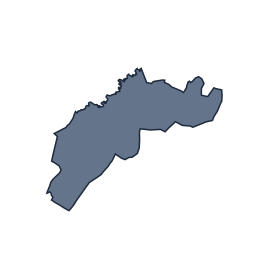 Taura, Jigawa, Nigeria (orthographic projection), rotated 155°
{"feature_id": "59680162B96971531554224", "entity_name": "Taura", "entity_type": "district", "adm_level": 2, "iso_a3": "NGA", "parent_name": "Nigeria", "parent_adm1": "Jigawa", "projection": "orthographic", "projection_center": [9.372, 12.271], "detail": "fine", "context": "isolated", "style": "filled", "palette": "slate", "viewbox_px": 256, "rotation_deg": 155, "n_neighbors": 0, "source": "geoboundaries", "source_scale": "gbopen_adm2", "svg_char_len": 4964}
<svg xmlns="http://www.w3.org/2000/svg" viewBox="0 0 256 256"><g transform="rotate(155 128 128)"><path d="M117.5,171.9L117.7,171.5L117.4,170.8L117.3,170.6L116.9,170.4L116.6,169.9L116.4,169.6L116.2,169.2L116.3,168.7L116.6,168.5L117.1,168.4L117.4,168.1L117.6,167.7L118.0,167.2L118.3,166.9L118.7,166.8L119.1,166.8L119.5,166.9L119.6,167.2L119.3,167.5L119.0,167.7L118.7,168.1L118.7,168.5L119.2,168.7L119.4,168.3L119.8,168.2L119.9,167.7L119.9,167.1L119.9,166.7L119.8,165.5L119.9,164.8L120.6,164.8L121.1,164.9L121.8,164.8L122.2,165.1L122.8,165.4L123.5,165.6L124.0,165.5L124.4,165.2L124.5,164.9L124.3,164.2L124.6,163.9L125.2,163.8L125.7,164.2L126.3,164.7L126.8,164.7L127.7,164.6L128.5,164.9L129.0,164.8L130.2,164.6L131.0,165.1L131.8,165.6L132.3,166.2L132.6,166.5L132.8,166.6L133.0,166.7L133.5,166.4L134.1,166.1L134.5,165.8L134.7,165.5L134.7,165.1L134.4,164.2L134.2,163.4L134.2,162.9L134.3,162.2L135.2,161.7L136.3,161.3L137.0,160.3L137.4,159.9L137.8,160.0L138.4,160.1L138.8,160.5L138.7,160.9L138.2,161.1L138.0,161.3L137.9,161.7L138.4,162.1L138.9,162.3L139.4,162.2L139.9,162.1L140.5,162.0L141.1,162.0L141.5,161.8L141.8,161.5L141.7,161.1L141.6,160.7L141.1,160.4L140.9,160.0L140.7,159.6L140.6,159.1L140.6,158.8L140.8,158.5L141.1,158.4L141.3,158.5L141.5,158.3L141.8,158.0L142.4,158.0L142.7,158.3L143.4,158.7L143.9,159.2L144.0,159.6L144.3,160.0L144.6,160.3L145.0,160.3L145.1,160.0L144.9,159.6L144.6,159.2L144.7,158.8L144.9,158.6L145.4,158.7L145.7,159.0L145.7,159.4L146.0,159.4L146.2,159.9L146.2,160.4L146.1,161.0L146.0,161.6L146.0,162.1L146.5,162.5L147.1,162.5L147.7,162.8L148.4,163.3L148.9,164.0L149.5,164.8L149.9,165.5L150.2,166.2L150.6,166.9L151.1,167.3L151.9,167.4L152.5,167.5L153.1,167.2L153.4,166.8L153.6,166.3L153.6,165.7L153.6,165.3L153.6,164.8L153.8,164.6L154.4,164.7L155.1,165.2L155.4,165.5L156.0,165.6L156.9,165.4L157.4,165.1L157.8,164.5L158.1,163.9L158.5,163.7L158.9,163.7L159.2,163.3L159.9,163.5L160.5,163.8L161.4,163.5L161.8,163.6L162.3,164.1L162.7,164.4L163.4,164.2L163.7,163.9L163.9,163.8L164.3,163.9L165.1,164.1L165.6,164.3L165.9,164.4L166.3,164.2L166.6,163.9L167.1,163.6L167.4,163.3L167.8,163.3L168.3,163.7L168.3,164.5L168.6,165.1L170.5,163.4L174.0,159.8L179.6,156.4L181.9,155.9L184.0,154.7L194.5,154.3L197.2,154.2L195.6,150.1L206.6,136.3L209.9,132.0L211.2,130.2L209.5,127.9L206.5,122.9L206.4,118.4L208.4,116.6L210.6,115.6L212.9,114.9L217.5,113.3L220.8,111.5L223.8,108.3L228.1,104.3L229.0,103.2L228.8,103.2L228.7,103.1L228.3,103.0L228.1,103.0L227.9,103.1L227.7,103.2L226.9,103.2L226.6,103.3L225.9,103.0L225.7,102.9L225.7,102.5L225.6,102.1L225.5,101.9L225.4,101.4L225.4,101.1L225.4,100.8L225.4,100.6L225.4,100.3L225.5,100.1L225.7,99.8L225.8,99.7L225.6,98.0L225.4,97.0L225.6,96.6L226.9,95.7L227.8,95.1L225.8,91.8L225.8,91.7L223.7,88.7L222.1,86.4L219.9,82.8L216.4,78.0L212.7,79.7L209.2,81.5L206.4,83.4L202.2,85.9L198.4,88.0L190.9,92.3L187.1,94.4L186.4,94.9L176.9,96.3L171.9,97.2L170.8,97.9L162.1,101.7L159.9,103.2L156.7,104.7L150.4,109.7L146.7,103.5L144.1,100.6L139.5,100.9L136.6,99.8L130.3,100.9L126.2,105.3L122.5,112.3L119.6,119.0L117.4,122.1L115.7,121.1L108.4,116.7L99.1,113.0L96.0,108.9L90.9,110.9L82.3,113.6L77.7,107.4L71.2,103.8L70.9,103.6L68.9,101.3L54.3,100.5L48.5,99.2L48.4,99.2L48.2,99.2L45.3,102.0L40.1,105.3L33.5,111.3L31.8,112.6L29.1,117.4L27.0,123.0L27.9,123.7L31.1,126.0L33.2,128.1L40.2,124.1L40.3,124.0L42.5,122.8L46.0,125.4L47.6,126.9L44.7,132.9L40.4,136.1L40.3,141.3L42.4,144.7L45.7,144.8L50.1,142.9L52.2,142.8L52.4,144.4L54.1,144.3L56.3,142.0L58.4,139.5L59.8,138.7L60.8,137.8L62.5,137.0L62.9,136.8L63.6,138.2L64.1,139.1L71.2,146.9L72.5,150.1L75.2,153.4L75.8,153.9L74.5,155.8L76.7,157.0L83.9,159.0L85.2,159.3L86.5,159.1L87.3,158.6L88.1,158.5L88.7,159.0L91.9,161.2L90.9,176.5L91.9,176.3L92.4,175.5L92.7,174.6L93.2,174.4L93.3,175.1L93.5,176.0L94.7,177.3L94.6,178.0L95.3,177.9L95.9,177.7L96.6,177.1L97.2,177.0L97.5,176.5L97.5,176.3L97.5,175.9L97.3,175.4L97.2,174.8L97.3,174.4L97.5,174.0L97.8,173.8L98.2,173.8L98.3,173.6L98.1,173.3L97.8,173.4L97.7,173.1L98.0,173.0L98.4,173.1L98.8,172.9L99.4,173.1L99.8,173.0L100.2,173.1L100.3,173.5L100.6,173.9L100.9,174.2L101.4,174.1L101.7,173.7L101.9,173.3L101.8,173.0L101.7,172.7L102.1,172.6L102.6,172.8L103.0,173.1L103.2,173.8L103.8,174.6L104.1,174.8L104.5,175.2L104.7,175.8L104.6,176.4L105.3,176.3L106.0,176.1L106.5,175.8L107.0,175.2L107.2,174.5L107.4,173.9L107.6,173.5L108.1,173.2L108.7,173.3L109.0,173.8L109.4,173.8L109.7,173.5L109.2,173.1L109.6,172.9L110.2,172.8L110.7,173.1L111.0,173.6L110.9,174.0L111.1,174.0L111.3,173.8L111.4,173.7L111.5,173.0L111.6,172.6L111.7,172.0L111.7,171.6L112.0,171.6L112.2,172.0L112.7,172.6L113.0,173.2L113.3,173.9L113.7,174.3L113.8,174.4L114.4,175.0L115.0,175.4L115.4,175.7L115.8,175.6L116.1,175.3L116.6,175.2L116.9,174.9L116.9,174.5L116.8,174.3L116.6,174.1L116.0,173.8L115.5,173.5L115.7,172.8L115.5,172.4L115.3,171.9L115.4,171.4L115.7,171.0L116.0,170.7L116.4,171.4L116.6,171.7L116.6,172.1L116.9,172.3L117.5,171.9Z" fill="#64748b" stroke="#1e293b" stroke-width="1.5"/></g></svg>